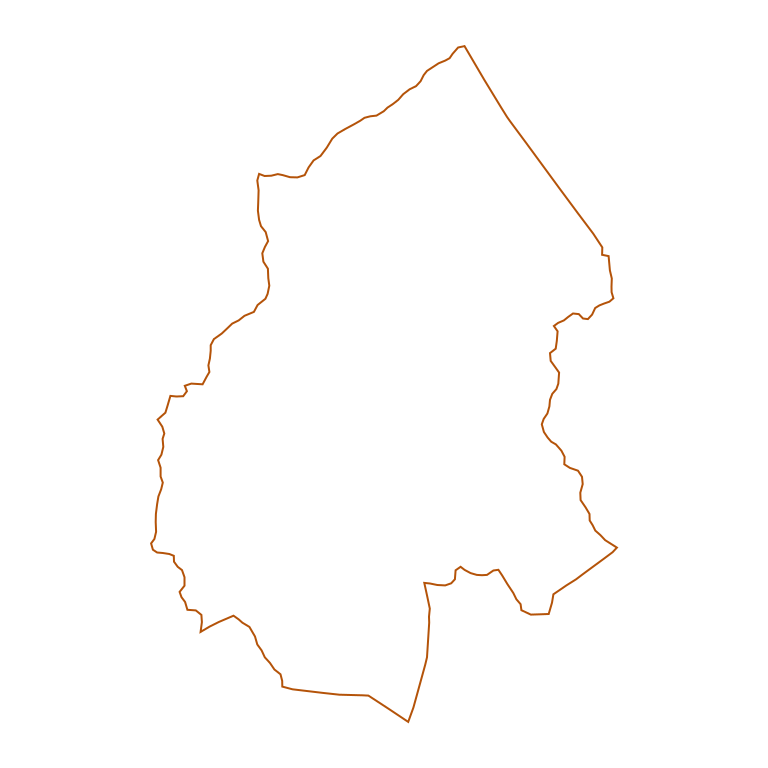 outline of Castro Alves, Bahia, Brazil
{"feature_id": "56859067B5706793747944", "entity_name": "Castro Alves", "entity_type": "district", "adm_level": 2, "iso_a3": "BRA", "parent_name": "Brazil", "parent_adm1": "Bahia", "projection": "robinson", "projection_center": [-39.366, -12.724], "detail": "fine", "context": "isolated", "style": "outline", "palette": "amber", "viewbox_px": 768, "rotation_deg": 0, "n_neighbors": 0, "source": "geoboundaries", "source_scale": "gbopen_adm2", "svg_char_len": 3039}
<svg xmlns="http://www.w3.org/2000/svg" viewBox="0 0 768 768"><path d="M464.5,46.1L458.1,47.5L452.6,53.8L449.6,58.2L445.2,60.6L438.6,63.3L432.5,67.3L427.0,70.9L423.7,75.1L420.6,81.2L416.1,86.1L409.6,89.3L403.2,94.2L398.2,99.9L392.8,104.1L387.5,107.6L383.8,111.2L376.5,115.6L370.3,116.3L364.5,117.8L360.3,120.7L354.0,124.3L345.4,128.9L337.5,133.5L332.3,138.6L326.8,147.6L320.5,156.0L313.6,160.4L308.6,167.4L304.7,175.1L297.4,177.4L290.0,177.2L282.7,175.1L277.8,174.1L271.3,175.7L264.6,176.0L259.1,173.9L257.3,180.5L258.6,190.3L258.2,203.3L257.9,210.7L259.1,219.9L261.0,226.2L265.7,232.1L268.1,241.1L264.9,247.0L262.3,253.3L263.4,261.7L267.9,268.7L268.3,278.2L269.3,285.7L267.6,293.9L265.4,298.8L257.6,305.0L253.9,311.9L244.5,315.8L238.7,320.4L232.2,323.6L227.0,328.6L221.8,333.5L213.9,339.1L210.7,345.2L210.7,350.8L209.9,358.6L208.4,365.4L209.4,372.0L206.6,376.8L202.6,384.3L191.3,383.6L184.8,385.8L186.9,391.2L183.2,396.2L176.4,396.5L170.4,395.9L167.6,405.5L165.4,412.7L161.4,416.2L157.6,419.6L162.3,426.7L164.3,433.5L162.6,438.9L163.3,446.9L161.4,454.7L158.1,460.1L160.6,467.7L160.6,476.5L162.8,482.6L161.2,489.2L158.4,496.5L157.1,504.3L155.9,513.9L155.7,522.0L156.1,531.8L154.4,539.0L151.1,543.4L152.9,549.7L157.1,552.5L162.8,553.0L169.3,554.0L173.8,555.8L174.0,561.7L177.7,566.8L182.0,570.1L184.5,577.2L184.5,585.7L179.6,591.9L181.5,597.2L185.1,602.0L187.4,609.8L195.8,610.4L201.4,614.9L201.9,622.1L200.6,631.9L209.6,626.6L218.8,622.0L233.5,615.7L238.7,619.4L242.4,622.7L249.4,626.9L255.0,636.5L257.3,644.5L261.6,650.4L264.8,657.3L270.0,663.0L274.4,669.5L280.5,674.3L282.2,680.9L282.3,686.6L292.5,689.3L297.5,689.9L322.8,692.9L339.4,694.7L362.4,695.3L368.4,695.6L388.6,708.8L408.2,721.9L413.4,707.6L416.8,695.3L425.2,664.8L427.0,657.3L429.2,622.6L429.0,616.7L429.8,608.6L427.1,595.8L424.3,582.9L430.0,583.5L437.3,585.0L445.2,585.4L451.2,583.3L454.9,579.3L455.6,570.3L460.6,566.8L464.6,569.9L470.6,573.1L476.8,574.9L482.0,575.2L487.0,574.9L493.4,570.5L498.4,569.8L502.2,575.5L507.4,584.1L513.3,593.0L516.4,599.3L520.6,604.2L521.4,610.2L530.8,614.6L540.3,614.3L548.7,614.0L552.0,602.7L553.4,594.3L566.4,585.4L576.1,579.3L581.9,574.9L587.3,570.9L603.9,558.7L612.6,552.2L616.9,547.6L605.2,540.2L600.4,535.1L595.3,530.6L592.7,525.3L589.7,520.5L589.5,514.0L585.6,507.4L580.6,500.1L580.3,492.7L582.7,484.1L582.0,476.8L578.0,470.7L569.9,467.9L564.3,464.3L564.6,456.8L561.4,450.7L555.9,444.4L551.2,441.7L547.6,437.5L543.9,432.0L541.8,424.3L543.7,418.9L547.4,413.5L549.4,406.4L550.0,399.8L552.3,393.8L556.4,389.1L558.3,383.7L559.1,372.6L554.4,366.0L550.7,360.9L550.0,353.1L555.7,348.7L556.8,341.0L557.6,331.3L553.9,326.0L558.1,322.9L563.9,320.4L568.1,317.0L573.0,313.5L578.8,314.1L583.0,318.5L587.9,319.1L592.1,314.6L595.2,308.0L599.4,305.4L603.9,303.6L609.4,301.7L613.4,298.3L611.6,292.2L611.5,286.6L611.8,278.5L609.9,270.4L608.6,256.1L602.1,254.8L602.3,247.4L593.2,233.6L578.0,213.4L559.1,187.9L530.0,148.2L525.6,142.2L519.0,133.3L510.1,121.3L507.0,116.9L501.2,107.6L484.2,79.7L464.5,46.1Z" fill="none" stroke="#b45309" stroke-width="2"/></svg>